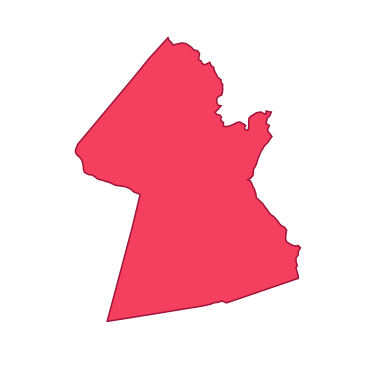 Pirapemas, Maranhão, Brazil, rotated 103°
{"feature_id": "56859067B76556806546899", "entity_name": "Pirapemas", "entity_type": "district", "adm_level": 2, "iso_a3": "BRA", "parent_name": "Brazil", "parent_adm1": "Maranhão", "projection": "orthographic", "projection_center": [-44.224, -3.776], "detail": "fine", "context": "isolated", "style": "filled", "palette": "rose", "viewbox_px": 384, "rotation_deg": 103, "n_neighbors": 0, "source": "geoboundaries", "source_scale": "gbopen_adm2", "svg_char_len": 2122}
<svg xmlns="http://www.w3.org/2000/svg" viewBox="0 0 384 384"><g transform="rotate(103 192 192)"><path d="M101.4,183.1L101.7,185.8L99.3,187.8L95.6,189.0L92.7,187.5L90.9,184.9L88.0,184.8L85.4,185.1L83.0,185.8L80.4,186.2L78.8,188.2L76.0,189.1L74.6,192.4L71.7,195.0L68.6,197.6L65.7,198.9L64.3,201.9L61.6,203.9L65.1,208.0L64.7,210.7L62.2,212.8L61.6,215.3L59.0,215.6L55.8,215.6L53.3,218.0L53.0,222.5L51.3,224.8L50.2,227.4L49.1,230.0L48.8,232.6L49.1,235.6L50.5,238.4L51.5,240.5L52.9,243.4L50.8,246.0L49.3,248.4L47.0,250.1L63.5,259.3L71.1,263.7L91.9,273.8L160.0,308.4L171.2,314.1L174.2,314.5L176.6,315.0L179.4,314.6L182.0,312.2L183.3,309.3L185.6,306.7L188.6,304.9L191.6,303.7L194.7,302.8L197.2,301.0L198.3,296.7L197.9,293.0L199.1,290.0L200.7,286.5L200.7,282.2L201.1,278.5L201.2,274.9L202.7,268.0L201.8,258.4L202.9,252.5L205.0,248.9L206.0,242.0L241.0,242.3L306.5,244.5L337.0,245.6L335.8,242.2L314.8,190.5L308.5,175.3L301.0,156.8L297.0,148.4L295.0,145.6L293.5,141.5L292.0,139.6L291.6,137.0L292.3,133.4L252.2,69.0L249.2,69.9L246.6,71.4L242.4,73.7L240.1,72.8L236.5,75.0L232.5,75.8L229.6,74.4L225.9,75.1L222.0,73.7L220.2,76.4L221.3,78.6L221.4,81.8L220.2,86.1L219.1,88.7L216.7,90.2L213.1,90.9L207.7,91.3L205.5,94.0L204.8,96.9L203.6,99.2L201.1,101.8L199.1,104.6L197.7,106.5L196.2,110.3L193.8,113.3L191.7,115.4L189.9,117.9L187.5,120.3L186.3,122.3L184.9,124.7L182.9,128.1L178.9,129.6L175.1,131.9L173.2,133.7L170.8,135.3L168.1,137.6L167.4,140.6L165.4,138.0L162.2,136.3L159.0,136.6L156.1,137.2L152.5,136.0L149.3,135.4L145.5,135.3L140.4,134.5L137.1,133.9L133.8,132.7L131.0,131.9L126.3,129.1L123.9,128.3L119.9,126.6L117.9,129.0L116.0,131.5L113.6,132.4L109.9,131.5L108.7,135.2L105.4,135.2L102.7,135.2L100.2,133.3L96.2,132.7L96.6,135.4L96.4,137.9L99.3,137.5L99.4,140.0L98.5,142.7L100.2,147.0L102.8,149.5L104.6,151.5L107.2,153.1L110.6,152.6L114.7,151.6L118.7,151.1L119.7,153.9L117.6,155.4L115.1,154.6L113.9,157.7L113.0,161.2L114.5,164.4L116.4,166.4L119.2,170.2L120.6,173.6L120.8,176.2L117.3,176.9L115.6,180.3L112.4,180.2L110.8,181.9L111.0,185.2L109.1,187.4L105.1,184.9L101.4,183.1Z" fill="#f43f5e" stroke="#9f1239" stroke-width="1.5"/></g></svg>